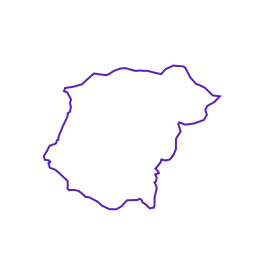 Jabal Habashi, Ta`izz, Yemen, rotated 223°
{"feature_id": "15242507B58786860168028", "entity_name": "Jabal Habashi", "entity_type": "district", "adm_level": 2, "iso_a3": "YEM", "parent_name": "Yemen", "parent_adm1": "Ta`izz", "projection": "mercator", "projection_center": [43.88, 13.465], "detail": "fine", "context": "isolated", "style": "outline", "palette": "violet", "viewbox_px": 256, "rotation_deg": 223, "n_neighbors": 0, "source": "geoboundaries", "source_scale": "gbopen_adm2", "svg_char_len": 2810}
<svg xmlns="http://www.w3.org/2000/svg" viewBox="0 0 256 256"><g transform="rotate(223 128 128)"><path d="M82.4,213.8L88.4,209.6L89.3,209.6L91.6,209.7L93.9,209.8L99.6,209.8L102.7,208.8L103.2,208.6L103.5,208.6L104.2,208.3L105.4,208.0L105.9,207.8L108.0,206.6L117.8,207.6L117.9,207.8L126.7,210.9L129.3,210.9L137.5,204.5L138.0,203.1L138.6,201.6L140.4,197.3L140.6,196.9L140.6,193.5L140.5,190.0L140.5,189.9L141.8,189.2L144.7,187.5L147.6,185.8L149.1,185.1L149.3,185.0L152.3,183.3L152.9,182.9L153.1,182.8L156.7,179.5L156.8,179.4L158.5,178.2L160.5,175.9L160.9,175.5L162.0,174.5L164.5,173.2L165.2,172.8L165.5,172.7L166.0,172.5L166.7,172.1L169.0,170.9L169.5,170.7L170.3,170.3L170.6,170.1L170.8,170.0L174.3,166.1L175.5,163.6L177.2,160.2L178.9,153.7L180.2,151.6L183.5,149.2L190.0,144.7L190.5,140.8L190.6,139.4L190.8,137.4L191.0,134.9L191.2,131.9L191.3,130.3L191.4,128.6L191.8,128.0L192.1,127.6L192.4,127.1L192.7,126.6L192.8,126.4L195.3,122.1L198.2,118.1L201.2,114.5L200.0,111.3L196.8,112.5L192.8,111.4L190.4,110.4L189.0,109.8L187.9,107.4L187.1,106.5L184.2,104.4L184.0,104.2L183.9,104.2L183.7,103.9L182.2,101.3L182.0,101.0L181.7,100.6L181.6,100.4L181.5,100.2L182.1,97.6L180.2,95.4L179.3,92.7L179.2,92.4L176.5,83.7L176.2,83.2L176.1,82.9L175.6,81.6L175.3,80.9L173.2,75.1L172.1,73.1L170.9,71.8L171.5,70.7L171.4,70.6L170.8,69.0L170.3,67.7L170.3,67.1L173.2,61.7L171.4,55.2L170.6,50.7L170.0,49.7L167.2,48.0L163.5,50.5L161.8,50.3L161.8,49.7L162.4,49.7L162.3,48.1L158.1,45.6L152.3,48.0L150.7,48.0L149.9,48.0L147.5,48.1L142.2,48.1L136.1,48.1L133.4,45.4L131.1,42.7L130.2,42.2L128.6,42.4L127.3,44.0L127.0,44.2L126.1,45.0L125.5,45.6L124.8,46.2L123.3,47.1L121.7,48.0L121.3,48.2L118.7,48.5L117.9,48.6L115.9,48.7L115.6,48.7L115.4,48.5L115.0,48.8L114.3,48.8L114.0,48.8L113.9,48.8L113.0,48.5L112.7,48.5L112.1,48.6L111.9,48.7L111.0,49.4L110.5,49.8L108.8,51.1L107.1,51.3L106.7,51.5L102.5,52.7L100.1,53.4L99.4,53.4L97.2,53.4L95.4,53.4L94.4,53.4L89.5,54.9L87.0,55.7L86.2,56.0L84.5,57.5L83.1,58.8L82.9,59.0L81.2,60.4L79.8,64.8L79.4,66.1L79.3,67.1L79.4,71.4L79.4,72.5L79.4,74.4L71.8,82.1L71.5,84.0L69.3,84.7L66.5,83.4L64.3,84.1L60.2,84.1L57.3,84.1L55.8,86.1L54.8,87.3L55.6,88.7L56.1,89.7L58.2,92.1L58.8,92.7L61.7,96.0L61.8,96.2L62.1,96.7L65.6,103.1L67.0,104.3L67.5,104.8L71.5,106.3L71.1,108.2L71.9,109.3L73.1,111.2L73.2,111.3L73.7,111.6L74.4,111.8L75.9,112.4L76.4,112.6L74.8,115.8L74.7,116.1L77.3,116.9L80.2,116.9L80.7,124.9L81.8,127.2L82.1,127.8L81.6,128.1L79.7,129.1L78.4,129.8L78.1,130.3L77.9,130.4L77.3,131.4L77.3,131.5L76.5,132.6L75.9,133.5L75.9,133.9L76.2,136.9L76.5,139.9L76.6,140.0L78.5,145.2L85.6,152.9L87.1,161.3L93.9,165.2L94.3,167.1L88.3,169.6L82.5,176.7L82.4,176.8L79.9,181.9L78.0,185.7L78.0,185.8L79.3,191.4L83.7,193.9L84.3,195.8L85.0,198.2L85.0,198.4L82.5,206.0L82.4,213.8Z" fill="none" stroke="#5b21b6" stroke-width="2"/></g></svg>